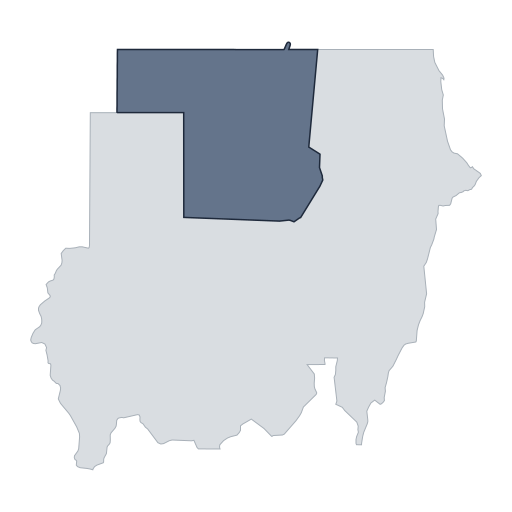 location of Northern within Sudan
{"feature_id": "SDN-878", "entity_name": "Northern", "entity_type": "State", "adm_level": 1, "iso_a3": "SDN", "parent_name": "Sudan", "parent_adm1": "", "projection": "natural_earth1", "projection_center": [29.004, 19.383], "detail": "fine", "context": "in_parent", "style": "filled", "palette": "slate", "viewbox_px": 512, "rotation_deg": 0, "n_neighbors": 0, "source": "natural_earth", "source_scale": "10m", "svg_char_len": 5159}
<svg xmlns="http://www.w3.org/2000/svg" viewBox="0 0 512 512"><path d="M361.5,444.8L356.5,444.7L356.0,443.3L356.0,439.6L356.6,436.7L358.4,432.2L357.9,429.7L358.2,426.1L356.8,422.1L344.7,410.5L342.3,407.3L335.8,404.3L336.9,401.0L334.1,377.3L335.4,374.5L335.8,370.3L335.8,366.7L337.3,360.6L337.5,358.0L324.6,357.8L324.4,360.5L325.0,363.4L325.0,364.5L307.1,364.6L314.3,374.0L314.6,378.1L314.2,383.2L314.3,386.4L314.8,388.6L316.7,392.7L316.6,393.5L316.1,394.5L303.4,407.0L301.3,412.7L299.6,415.7L295.9,420.8L284.3,434.1L282.4,435.0L273.6,435.5L272.7,435.8L272.0,436.4L271.6,436.3L264.0,428.5L251.3,419.1L242.8,424.0L240.5,425.8L240.5,430.3L239.2,432.6L237.0,435.1L230.7,436.7L227.5,438.0L223.6,440.6L219.8,444.8L219.5,447.0L220.0,449.0L198.4,448.9L197.0,447.4L193.9,440.3L191.7,440.8L172.1,440.0L169.3,440.7L163.6,443.6L160.8,444.0L157.9,442.7L147.6,428.9L145.4,427.2L143.1,423.9L140.9,422.5L140.1,421.4L139.9,420.0L140.0,416.9L139.2,415.0L137.6,414.6L123.7,417.8L121.7,417.4L118.8,418.0L117.8,418.6L116.7,420.4L116.4,424.2L116.1,426.1L115.0,428.2L111.0,432.9L110.2,434.9L110.3,440.1L110.1,442.7L109.5,443.9L107.7,445.9L107.1,447.0L106.4,453.6L104.2,457.6L103.7,459.1L103.6,462.0L103.2,462.8L96.9,465.1L94.6,466.6L93.1,468.8L92.8,469.8L90.1,469.0L86.7,468.4L80.1,467.7L77.5,466.6L76.3,465.1L76.7,461.1L76.1,460.2L75.0,459.5L74.3,457.7L74.5,455.7L77.9,451.0L78.7,448.6L79.6,436.9L79.4,433.4L76.7,426.9L70.4,415.6L68.9,413.4L61.1,404.1L60.2,402.8L58.3,398.9L60.4,390.3L60.6,387.9L60.0,385.5L58.1,383.6L56.3,383.4L54.0,381.1L52.5,380.1L51.1,378.1L50.2,375.3L50.9,365.2L50.5,363.8L48.5,363.4L48.0,362.7L48.1,360.8L47.1,355.0L45.9,350.3L46.6,347.6L44.9,344.0L41.7,342.5L35.4,343.7L33.5,343.5L32.1,342.8L31.2,341.5L30.7,340.0L31.2,337.6L33.0,333.3L35.2,329.8L39.8,326.6L41.0,324.9L41.7,323.0L41.8,320.8L41.6,318.5L41.1,316.4L39.7,313.6L38.5,310.3L38.5,308.2L39.1,306.6L40.4,304.7L44.9,300.9L49.5,297.8L50.3,296.7L50.0,295.4L47.9,292.9L47.3,287.9L46.1,284.5L48.5,281.9L50.2,281.0L52.9,280.2L53.9,279.1L54.3,277.0L54.2,275.0L55.2,273.5L56.5,270.4L57.6,268.9L61.1,265.2L61.9,262.8L62.1,260.5L61.2,253.5L63.3,250.6L65.8,248.2L69.6,248.4L75.3,247.8L79.3,246.8L82.1,246.8L88.4,248.2L89.1,247.6L89.5,245.7L90.3,112.7L116.6,112.7L117.0,112.5L117.4,49.5L282.8,49.5L284.2,49.3L286.8,43.4L287.9,43.0L289.6,43.3L290.2,44.7L288.8,49.5L433.2,49.5L433.6,56.7L434.8,62.4L439.0,70.7L442.6,75.1L443.8,77.6L444.0,78.7L443.8,79.7L442.8,78.5L441.0,77.7L440.8,81.6L441.7,89.5L443.3,95.0L442.3,100.1L442.5,108.8L444.5,119.1L444.2,125.8L447.5,141.2L450.5,149.8L452.1,151.9L454.0,153.1L457.5,153.8L462.7,158.2L466.8,162.8L468.3,165.2L470.3,167.8L471.6,167.4L472.4,166.7L473.8,168.8L480.3,173.4L481.3,175.6L479.0,177.7L476.4,181.3L475.1,184.6L474.4,185.7L472.3,187.8L471.9,188.8L471.0,189.5L470.0,189.5L467.8,190.7L465.8,190.3L463.8,190.9L463.1,191.7L461.5,192.4L459.4,192.8L456.0,195.6L453.1,197.0L452.1,198.2L450.7,203.8L449.6,205.3L445.2,205.5L443.1,206.0L440.2,205.3L438.8,205.4L438.4,206.6L438.0,211.5L438.1,213.6L435.7,219.1L436.5,229.5L434.2,237.2L433.9,239.0L431.6,245.1L430.4,247.4L427.5,258.9L426.3,262.4L423.8,266.2L426.6,293.8L424.6,302.2L424.7,306.8L423.2,313.6L422.0,316.8L420.1,320.6L418.5,324.8L417.1,330.4L416.3,341.0L415.8,342.0L408.1,343.3L405.7,344.0L404.0,345.2L402.1,347.9L398.2,355.4L396.1,359.9L392.9,366.2L389.1,370.6L388.4,372.8L387.8,376.8L386.4,383.1L385.1,387.6L385.4,391.2L384.2,397.5L384.4,400.6L383.1,402.3L381.3,403.9L380.1,404.3L374.7,400.1L370.9,403.0L368.6,407.1L366.8,411.2L367.8,419.9L367.8,421.8L367.2,423.9L363.7,432.4L362.7,436.3L361.6,443.1L361.5,444.8Z" fill="#d9dde1" stroke="#a8b0b8" stroke-width="1"/><path d="M288.8,49.5L290.4,49.5L291.1,49.5L293.8,49.5L296.6,49.5L299.3,49.5L302.0,49.5L304.7,49.5L307.4,49.5L310.1,49.5L312.9,49.5L315.6,49.5L317.7,49.5L308.8,146.7L308.8,146.9L308.8,147.1L309.0,147.2L319.9,154.1L320.0,154.2L320.0,154.4L319.5,167.4L319.5,167.6L322.3,175.9L322.3,177.5L322.8,180.0L319.9,186.2L300.6,217.6L299.6,217.9L294.0,221.8L290.1,220.3L288.8,220.1L279.5,221.1L183.8,217.4L183.7,112.6L117.5,112.6L117.0,112.3L117.0,108.8L117.1,105.8L117.1,102.8L117.1,99.8L117.1,96.8L117.1,92.8L117.2,88.9L117.2,85.0L117.2,81.0L117.3,77.1L117.3,73.2L117.3,69.2L117.3,65.3L117.4,61.3L117.4,57.4L117.4,53.5L117.5,49.5L120.0,49.5L122.6,49.5L125.2,49.5L127.8,49.5L130.4,49.5L133.0,49.5L135.5,49.5L138.1,49.5L140.7,49.5L143.3,49.5L145.9,49.5L148.5,49.5L151.1,49.5L153.6,49.5L156.2,49.5L158.8,49.5L161.4,49.5L164.0,49.5L166.6,49.5L169.1,49.5L171.7,49.5L174.3,49.5L176.9,49.5L179.5,49.5L182.1,49.5L184.6,49.5L187.2,49.5L189.8,49.5L192.4,49.5L195.0,49.5L197.6,49.5L200.2,49.5L202.7,49.5L205.3,49.5L207.9,49.5L210.5,49.5L213.1,49.5L215.7,49.5L218.2,49.5L220.8,49.5L223.4,49.5L226.0,49.5L228.6,49.5L231.2,49.5L233.7,49.5L236.3,49.6L238.9,49.6L241.5,49.6L244.1,49.6L246.7,49.6L249.2,49.6L251.8,49.6L254.4,49.6L257.0,49.6L259.6,49.6L262.2,49.6L264.8,49.6L267.3,49.6L269.9,49.6L272.5,49.6L275.1,49.6L277.7,49.6L280.3,49.6L282.8,49.6L283.9,49.6L284.2,49.3L285.5,46.4L285.6,46.1L286.8,43.4L287.5,42.6L288.0,42.3L288.5,42.2L289.0,42.3L289.5,42.6L290.1,43.2L290.3,43.9L290.3,44.7L289.7,46.7L288.8,49.5Z" fill="#64748b" stroke="#1e293b" stroke-width="1.5"/></svg>